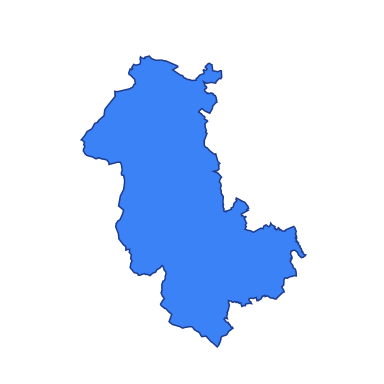 outline of Borris-In-Ossory -Mountmellick Lea-6, Laoighis, Ireland, rotated 323°
{"feature_id": "5873133B47700529765173", "entity_name": "Borris-In-Ossory -Mountmellick Lea-6", "entity_type": "district", "adm_level": 2, "iso_a3": "IRL", "parent_name": "Ireland", "parent_adm1": "Laoighis", "projection": "mercator", "projection_center": [-7.469, 52.998], "detail": "fine", "context": "isolated", "style": "filled", "palette": "blue", "viewbox_px": 384, "rotation_deg": 323, "n_neighbors": 0, "source": "geoboundaries", "source_scale": "gbopen_adm2", "svg_char_len": 6090}
<svg xmlns="http://www.w3.org/2000/svg" viewBox="0 0 384 384"><g transform="rotate(323 192 192)"><path d="M118.9,330.9L121.3,330.3L122.5,329.7L122.7,329.1L123.3,329.2L126.6,327.0L127.1,325.8L129.1,325.4L133.7,326.9L137.6,325.4L142.8,325.4L142.8,324.1L141.9,323.7L142.4,321.1L141.9,320.1L142.3,319.8L141.9,318.4L142.4,318.0L141.1,316.6L141.3,314.1L141.0,313.0L142.5,312.3L144.0,314.5L144.9,312.0L146.8,310.8L147.6,309.7L147.4,309.2L149.4,308.5L153.6,305.0L154.2,304.1L154.3,302.4L155.2,302.0L155.7,300.7L157.6,302.7L157.8,304.2L158.7,305.0L160.4,305.1L160.7,306.8L162.2,307.0L162.2,308.1L163.0,308.2L162.7,309.3L164.1,309.8L163.0,313.5L165.3,314.0L166.2,314.9L167.7,313.8L171.1,315.6L172.4,317.0L172.8,314.9L172.5,314.5L172.4,312.6L172.9,311.7L174.8,311.9L176.8,313.9L179.8,314.8L178.5,317.8L179.6,318.1L179.5,318.6L183.0,318.9L185.6,317.6L185.7,318.0L187.9,318.3L187.4,319.5L190.0,320.5L190.5,322.8L191.3,324.3L192.2,324.7L193.8,327.3L195.2,328.2L196.2,327.7L204.5,326.8L205.5,327.3L206.1,325.5L206.5,321.9L209.4,321.4L212.6,317.5L214.5,316.4L216.1,318.2L219.6,318.7L221.1,319.7L223.0,320.1L224.8,321.8L227.0,318.5L227.9,316.3L228.0,315.1L227.3,313.8L227.5,312.8L228.2,311.7L228.4,310.3L228.2,308.8L228.8,306.3L229.2,306.6L229.9,306.3L230.8,305.4L230.7,305.1L231.0,304.5L231.8,305.3L232.8,304.0L233.4,300.7L235.8,298.8L236.4,299.3L238.2,299.6L239.3,300.9L239.9,303.9L239.2,306.5L239.8,310.2L241.7,311.1L243.8,310.7L244.6,311.6L244.3,310.9L244.9,310.6L244.3,310.2L243.8,308.3L244.1,307.3L243.9,306.9L244.3,306.5L243.8,306.3L243.7,305.5L244.5,305.0L245.2,302.3L244.8,301.5L245.8,300.1L245.4,297.8L246.5,296.8L245.9,295.8L246.2,295.4L245.7,295.0L246.1,294.7L245.5,294.2L246.2,294.0L246.4,292.6L247.3,292.2L247.2,291.5L247.6,291.6L247.4,291.0L247.9,291.3L248.5,290.9L248.3,290.5L249.1,289.6L248.8,289.0L249.3,288.0L249.8,288.0L249.9,287.4L251.6,286.1L252.7,282.0L252.5,280.7L244.4,278.7L243.3,278.7L242.5,279.4L240.5,277.1L240.2,275.3L239.3,275.4L239.7,272.8L239.5,272.4L237.9,273.3L236.5,273.0L236.9,272.0L235.8,270.8L237.5,269.7L236.1,266.7L236.1,264.3L235.0,265.3L232.9,266.2L232.4,265.9L231.8,264.6L231.7,263.2L230.9,262.7L229.1,262.4L226.5,264.0L225.2,262.3L216.8,261.1L215.4,258.0L213.5,256.2L211.9,253.5L214.7,252.2L214.5,251.0L214.7,250.5L216.9,249.7L216.8,248.9L217.6,246.5L217.5,245.2L217.8,244.6L220.1,244.4L219.9,243.7L218.7,243.8L218.2,241.2L217.3,240.8L218.2,239.3L225.6,240.4L225.9,240.4L225.2,239.0L227.4,239.1L227.4,238.1L228.0,237.7L228.0,232.0L226.5,229.5L226.5,229.0L225.9,228.6L225.7,227.3L223.7,223.5L222.6,224.4L222.5,225.9L218.6,226.4L215.9,228.8L213.5,228.4L213.0,229.6L208.0,228.0L207.4,228.5L207.1,228.1L207.2,227.4L206.5,227.2L206.0,226.0L207.5,224.7L207.5,223.6L209.0,221.0L209.5,221.1L210.6,218.7L214.4,214.3L214.1,213.4L214.6,212.3L214.2,211.9L214.5,210.8L216.3,208.3L216.2,207.4L217.3,205.8L219.1,204.6L219.2,203.8L219.8,203.2L220.1,202.2L219.9,200.3L222.7,198.4L224.5,198.0L224.2,192.8L221.7,188.5L225.2,190.2L227.5,189.9L228.0,188.7L229.2,187.5L229.4,185.9L231.4,186.0L231.0,183.2L233.9,175.8L232.6,175.5L231.1,170.2L230.7,165.9L229.9,164.5L229.7,163.2L230.3,161.4L232.1,159.3L232.0,158.8L239.3,154.2L238.5,152.7L240.4,151.7L241.5,148.2L243.6,145.2L247.1,144.8L247.0,143.6L245.7,141.3L247.2,140.1L247.5,139.2L246.5,137.4L246.7,135.2L246.1,134.6L245.9,132.5L245.5,132.3L246.1,131.7L250.1,131.3L251.1,135.3L253.6,139.8L258.3,137.7L260.4,135.9L264.4,135.0L265.9,135.3L266.0,134.3L267.1,133.5L267.2,132.4L268.0,131.4L268.6,129.2L268.0,128.2L268.1,126.7L267.6,126.6L267.8,125.5L266.5,124.1L265.3,124.0L264.1,122.4L263.9,122.9L263.3,122.4L263.6,121.7L263.2,120.7L263.0,118.7L263.7,117.9L264.8,117.5L265.8,117.9L266.7,117.3L266.9,116.2L266.3,115.6L267.6,110.9L268.9,113.9L273.3,116.0L276.4,119.3L277.5,118.5L281.3,117.8L282.1,117.7L283.1,118.9L284.5,118.5L288.4,112.9L287.7,112.2L285.1,111.5L281.6,107.7L284.5,102.3L283.8,101.6L283.6,100.0L282.9,99.4L281.0,99.3L279.5,100.0L278.5,99.6L277.4,100.8L278.1,101.5L278.2,102.6L276.9,103.3L275.7,102.9L275.0,101.4L274.3,101.5L273.4,104.2L272.2,104.4L268.4,103.3L264.8,104.1L263.7,103.9L262.7,105.3L258.9,102.8L257.6,100.7L256.1,99.4L255.3,97.3L254.4,96.3L254.5,93.3L253.0,91.5L250.1,82.8L255.9,83.6L256.3,82.6L250.0,71.5L248.9,70.7L247.4,68.6L242.4,65.0L240.0,61.2L239.7,57.7L235.4,56.0L234.6,56.9L234.1,56.6L232.6,54.9L232.2,53.1L230.5,54.5L229.8,56.4L227.8,58.4L226.6,58.3L223.4,56.9L222.3,55.0L219.1,56.2L218.7,56.6L218.8,57.5L218.4,58.0L217.4,57.9L216.7,56.5L213.2,58.8L212.5,60.3L213.2,61.8L214.0,67.5L212.0,71.5L210.5,71.2L207.8,72.6L203.9,71.9L192.8,67.0L190.9,65.1L190.0,66.8L188.8,68.0L188.9,68.9L188.3,69.4L173.5,73.1L171.6,74.0L167.7,78.1L160.8,78.6L159.0,79.2L158.8,79.6L155.6,78.7L150.0,81.3L144.6,80.6L139.8,82.6L134.9,83.7L135.6,84.5L136.1,87.7L134.1,88.9L133.9,89.5L134.2,90.5L133.8,91.1L131.0,92.6L129.8,94.1L129.9,95.5L129.5,96.9L130.1,99.6L133.6,104.1L135.2,107.6L136.0,108.1L137.7,108.0L138.1,109.0L138.5,109.0L140.2,111.8L141.5,112.8L143.3,115.4L143.3,118.5L142.3,120.1L150.7,123.5L152.6,125.0L152.2,127.4L149.4,132.7L147.2,134.1L146.0,136.0L147.4,137.6L145.1,142.3L143.3,144.4L138.9,148.9L132.5,152.0L125.0,158.9L126.5,165.3L122.8,168.1L117.6,170.9L115.7,170.5L112.4,171.6L110.1,174.0L108.1,181.1L105.4,185.4L105.5,193.3L106.4,195.5L104.2,198.7L106.1,199.2L107.7,200.3L105.6,202.4L105.8,205.6L103.1,208.1L102.8,208.7L103.0,209.5L102.2,211.3L100.4,212.0L97.1,215.2L97.3,221.6L99.1,223.7L99.5,224.8L99.0,225.9L99.2,226.3L100.3,227.1L104.6,228.3L105.1,228.8L105.1,229.7L106.8,230.9L108.1,233.5L111.7,233.2L114.6,234.1L117.1,233.0L120.8,233.4L123.9,232.7L124.2,233.6L122.7,238.1L123.2,239.6L122.1,241.7L119.9,243.2L118.2,245.4L116.4,246.1L115.0,245.8L112.0,248.0L109.0,252.3L108.2,252.6L107.6,253.6L106.7,253.8L106.0,256.1L106.1,256.7L105.6,257.7L105.9,259.0L105.6,260.7L103.8,260.8L99.4,262.6L99.1,263.4L99.2,264.9L100.1,268.4L101.0,269.7L101.3,273.7L102.2,277.5L95.6,281.8L96.6,285.9L101.5,292.5L102.6,295.1L105.1,296.0L110.0,298.7L111.1,300.3L111.0,303.3L113.3,308.9L112.7,312.3L112.8,313.5L116.5,315.5L117.1,322.7L118.0,325.7L118.9,330.9Z" fill="#3b82f6" stroke="#1e3a8a" stroke-width="1.5"/></g></svg>